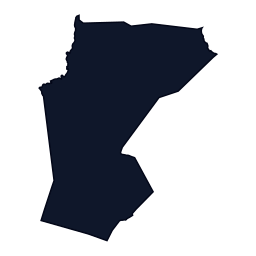 the district of San Pedro Zacapa, Santa Bárbara, Honduras
{"feature_id": "27666195B51644661429984", "entity_name": "San Pedro Zacapa", "entity_type": "district", "adm_level": 2, "iso_a3": "HND", "parent_name": "Honduras", "parent_adm1": "Santa Bárbara", "projection": "natural_earth1", "projection_center": [-88.13, 14.733], "detail": "fine", "context": "isolated", "style": "filled", "palette": "ink", "viewbox_px": 256, "rotation_deg": 0, "n_neighbors": 0, "source": "geoboundaries", "source_scale": "gbopen_adm2", "svg_char_len": 4802}
<svg xmlns="http://www.w3.org/2000/svg" viewBox="0 0 256 256"><path d="M202.1,27.8L197.2,29.3L151.8,23.9L131.1,26.2L123.7,22.1L83.3,23.2L79.1,20.0L79.0,15.4L78.8,15.5L78.5,15.6L77.9,15.9L77.7,15.9L77.3,16.0L77.1,16.1L76.9,16.2L76.6,16.6L76.3,17.0L76.1,17.3L75.9,17.6L75.8,17.8L75.8,18.1L75.8,18.4L75.8,18.6L75.6,19.4L75.3,20.8L75.1,21.7L75.0,22.1L74.8,23.4L74.8,23.8L74.7,24.3L74.6,24.7L74.6,25.2L74.7,25.9L74.8,26.3L74.8,26.6L74.9,26.8L75.0,27.0L75.3,27.4L75.4,27.7L75.6,28.2L75.7,28.3L75.6,29.0L75.6,30.0L75.6,30.3L75.5,30.6L75.4,31.0L75.3,31.3L75.0,31.9L74.8,32.5L74.7,32.9L74.6,33.4L74.5,34.1L74.5,34.4L74.6,34.7L74.7,35.2L74.9,35.5L75.0,35.7L75.0,35.9L74.9,36.4L74.7,36.9L74.5,37.4L74.5,37.6L74.5,37.9L74.5,38.2L74.5,38.4L74.6,38.7L74.8,39.0L74.9,39.5L75.0,39.9L75.0,40.1L75.0,40.3L74.9,40.8L74.8,41.1L74.6,41.6L74.5,41.9L74.2,42.3L73.5,43.3L73.1,43.6L73.0,43.8L72.9,44.0L72.7,44.2L72.6,44.6L72.4,45.2L72.3,45.6L72.3,46.0L72.3,46.3L72.4,47.0L72.5,47.5L72.5,48.1L72.4,48.5L72.1,48.9L71.7,49.5L71.3,49.8L71.1,50.1L70.7,50.6L70.5,50.8L70.3,51.3L70.1,51.7L70.1,52.0L70.0,52.4L70.0,52.6L69.9,52.9L69.8,53.1L69.6,53.2L69.5,53.3L69.4,53.2L69.1,53.0L68.9,52.8L68.3,52.4L67.9,52.2L67.7,52.1L67.4,52.2L67.2,52.3L66.8,52.5L66.7,52.7L66.5,52.8L66.4,53.0L66.4,53.3L66.4,53.5L66.5,53.9L66.7,54.1L67.0,54.2L67.0,54.3L67.2,54.5L67.3,54.7L67.4,54.9L67.4,55.1L67.5,55.4L67.5,55.8L67.5,56.0L67.4,56.4L67.3,56.7L67.3,56.8L67.2,56.9L67.0,57.0L66.8,57.1L66.7,57.2L66.7,57.4L66.7,57.5L66.8,57.7L66.8,57.8L66.6,58.0L66.4,58.3L66.4,58.6L66.3,58.9L66.3,59.2L66.3,59.3L66.4,59.5L66.7,60.1L67.0,60.6L67.3,60.8L67.4,61.0L67.3,61.3L67.3,61.7L67.3,62.1L67.4,62.3L67.5,62.4L67.6,62.6L67.8,62.7L67.9,62.8L68.0,63.0L68.0,63.4L68.0,63.6L67.9,64.2L67.9,64.9L67.9,65.3L67.9,65.7L67.9,65.9L67.9,66.0L67.6,66.3L67.3,66.5L67.2,66.6L66.9,66.6L66.9,66.8L66.9,67.1L66.8,68.8L66.9,69.0L67.0,69.3L67.3,69.4L67.8,68.8L68.0,68.8L68.3,69.0L68.4,69.4L68.4,69.7L68.4,70.0L68.3,70.4L68.2,70.6L68.0,71.1L67.8,71.7L67.3,72.7L67.0,73.3L66.7,73.7L66.5,73.9L66.2,74.3L66.0,74.5L65.6,75.2L65.3,75.8L65.1,76.1L64.8,76.5L64.5,76.7L64.3,76.8L64.1,76.9L63.9,76.8L63.7,76.7L63.4,76.6L63.2,76.4L63.0,76.2L62.9,76.0L62.8,75.7L62.7,75.6L62.4,75.4L62.1,75.3L61.9,75.3L61.7,75.4L61.4,75.6L61.3,75.8L61.2,76.1L61.2,76.4L61.2,76.7L61.4,77.1L61.5,77.6L61.6,78.1L61.6,78.5L61.5,78.8L61.4,79.1L61.2,79.2L60.9,79.1L60.8,78.9L60.7,78.8L60.4,78.6L60.1,78.4L59.5,78.2L59.3,78.1L59.1,78.1L58.9,78.1L57.8,78.6L56.7,79.0L56.4,79.0L55.9,79.0L55.6,79.0L54.8,79.2L54.3,79.3L52.9,80.0L51.2,80.8L50.9,80.9L50.8,81.1L50.7,81.1L50.8,81.4L50.8,81.5L51.0,81.6L51.3,81.7L51.5,81.9L51.6,82.1L51.6,82.3L51.6,82.6L51.5,82.8L51.4,82.9L51.4,83.0L50.7,82.7L50.5,82.9L50.1,83.3L49.8,83.5L49.4,83.7L49.2,83.8L48.8,83.8L48.6,83.7L48.3,83.5L48.3,83.4L48.2,83.4L47.9,83.3L47.6,83.3L47.4,83.4L47.2,83.4L46.9,83.5L46.7,83.7L46.3,84.0L46.1,84.2L45.7,84.5L45.3,84.6L45.1,84.5L44.5,84.3L44.1,84.2L43.9,84.2L43.7,84.2L43.4,84.3L43.1,84.6L42.8,84.9L42.7,85.2L42.4,86.0L42.1,86.6L41.9,87.0L41.7,87.3L41.4,87.3L41.0,87.3L40.4,87.2L40.1,87.3L39.8,87.4L39.6,87.5L39.4,87.8L39.2,88.1L39.5,88.4L40.5,89.7L40.9,90.2L41.3,90.7L41.5,91.0L41.6,91.4L41.8,92.1L41.8,92.5L41.8,93.0L41.9,93.5L42.0,93.8L42.4,94.5L42.8,95.4L43.1,95.7L43.5,96.0L54.1,180.6L52.2,186.1L44.6,209.3L41.1,220.5L87.6,233.7L89.4,234.3L107.0,240.6L112.2,230.3L119.3,221.0L119.7,220.6L120.2,220.5L120.4,220.4L120.9,220.3L121.4,220.2L121.9,220.1L123.0,220.2L123.3,220.0L123.7,219.8L124.0,219.7L124.3,219.8L125.3,220.0L125.7,219.9L126.3,219.5L126.5,219.2L126.9,218.7L127.4,218.4L128.1,218.0L128.6,217.7L129.3,217.4L132.6,215.3L132.4,214.5L132.3,213.8L132.4,213.5L132.6,213.1L136.1,209.1L153.1,191.8L134.6,157.7L134.0,157.5L133.2,157.2L131.6,156.7L131.2,156.5L130.5,156.2L129.7,155.9L129.1,155.6L128.4,155.4L128.1,155.3L127.5,155.3L127.2,155.3L126.7,155.3L126.3,155.3L125.8,155.1L125.5,155.0L123.4,154.6L122.5,154.5L122.2,154.4L121.7,154.2L121.4,154.1L121.1,153.9L120.9,153.7L120.7,153.3L120.6,153.1L120.6,152.7L120.6,152.3L120.7,151.9L121.4,149.6L121.7,149.0L121.9,148.5L122.0,148.0L122.1,147.5L159.0,97.5L178.2,91.1L213.1,57.3L216.8,54.2L215.8,53.6L215.6,53.6L215.2,53.5L214.8,53.4L214.6,53.4L214.1,53.3L213.4,53.2L213.1,52.7L211.9,51.9L211.6,51.6L211.3,51.3L211.0,51.0L210.8,50.7L210.4,50.8L209.9,50.9L209.5,50.9L209.2,50.6L208.9,50.2L208.8,49.8L208.5,49.3L208.2,48.9L207.9,48.8L207.6,48.5L207.4,48.1L207.8,47.1L207.8,46.4L207.8,45.8L207.7,45.1L207.3,44.4L207.2,43.8L206.9,43.2L206.7,43.1L206.3,43.1L205.7,42.8L205.3,42.5L205.1,42.1L204.7,42.0L204.4,41.6L204.0,40.7L204.0,40.3L203.9,39.7L203.8,39.2L203.7,38.8L203.4,38.8L203.2,38.9L203.1,38.5L203.1,38.0L203.3,37.0L203.3,36.6L203.1,35.8L202.6,35.2L202.2,34.6L201.7,33.7L201.4,32.4L201.3,31.2L201.3,30.3L201.5,29.3L201.7,28.4L202.1,27.8Z" fill="#0f172a" stroke="#020617" stroke-width="1.5"/></svg>